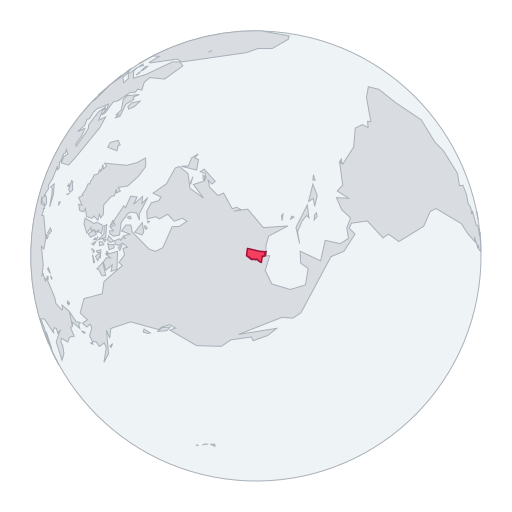 the Earth from above Mississippi, rotated 278°
{"feature_id": "USA-3544", "entity_name": "Mississippi", "entity_type": "State", "adm_level": 1, "iso_a3": "USA", "parent_name": "United States of America", "parent_adm1": "", "projection": "orthographic", "projection_center": [-90.036, 32.591], "detail": "fine", "context": "on_globe", "style": "filled", "palette": "rose", "viewbox_px": 512, "rotation_deg": 278, "n_neighbors": 0, "source": "natural_earth", "source_scale": "10m", "svg_char_len": 12216}
<svg xmlns="http://www.w3.org/2000/svg" viewBox="0 0 512 512"><g transform="rotate(278 256 256)"><circle cx="256" cy="256" r="225" fill="#eef3f6" stroke="#a8b0b8"/><path d="M301.8,346.0L296.5,344.4L291.5,351.0L272.9,342.4L265.7,330.3L206.2,308.5L199.6,301.2L198.8,290.1L175.9,249.6L187.2,286.5L178.9,278.6L171.7,265.0L175.1,262.5L169.5,242.9L161.7,234.2L159.0,209.6L170.6,181.1L173.5,186.6L175.9,179.7L172.5,172.6L169.6,169.7L173.3,140.9L164.0,122.3L154.3,122.6L161.7,118.2L138.9,123.6L129.5,120.2L144.2,120.5L148.9,117.9L144.6,113.4L148.6,109.9L148.7,105.9L153.8,102.3L162.0,103.4L165.4,101.3L162.2,98.4L165.2,93.4L169.4,97.9L175.1,89.8L189.9,91.6L197.2,109.0L209.6,109.0L228.0,125.0L230.5,121.2L239.0,125.7L245.1,123.2L246.8,127.5L250.1,122.0L247.4,118.6L248.0,115.2L251.3,113.6L254.0,118.5L252.8,120.0L255.3,120.7L255.3,124.0L257.1,121.5L260.1,128.0L262.1,119.4L268.6,122.8L269.2,127.8L262.7,130.0L248.0,149.0L246.6,155.8L251.2,162.5L273.4,168.9L274.5,175.7L280.8,182.9L283.1,177.6L279.1,170.2L285.0,162.7L279.3,155.2L280.9,151.3L277.6,143.1L285.1,141.6L294.1,144.9L297.2,151.9L301.2,153.8L303.9,145.3L315.1,157.3L331.9,163.8L334.0,167.6L328.0,177.3L313.8,181.2L306.0,196.1L318.1,184.1L323.2,194.6L327.0,195.6L330.9,194.0L331.7,189.2L334.9,192.6L324.2,205.2L321.1,202.2L324.5,198.1L317.8,200.3L310.6,209.9L313.8,215.1L299.5,225.9L301.6,230.0L299.7,234.9L297.3,227.6L301.3,241.3L285.1,259.3L290.2,283.4L277.5,265.8L268.3,264.4L257.5,265.6L258.2,269.5L243.0,267.1L230.5,275.6L227.6,294.6L234.2,309.0L250.9,309.4L255.1,301.3L266.9,299.0L260.2,320.7L281.1,322.3L280.0,337.8L286.3,345.1L296.3,342.0L306.9,344.3L313.7,334.5L325.0,327.6L326.0,339.8L331.7,327.4L338.4,332.0L360.4,325.8L359.0,329.1L377.7,337.6L396.5,336.5L400.9,343.1L398.8,349.1L405.0,347.8L405.1,351.0L428.5,343.3L439.3,343.7L438.1,354.6L427.4,372.7L413.9,400.6L393.8,417.2L386.1,427.2L365.9,444.0L354.0,447.7L354.8,451.1L346.0,456.0L337.6,458.7L333.9,461.9L327.6,463.7L330.2,464.3L317.0,469.9L317.3,471.3L306.9,474.7L307.3,475.1L304.4,475.6L300.7,476.5L299.3,476.9L291.9,477.8L293.1,476.1L298.2,474.4L294.4,474.7L305.5,469.5L300.4,471.1L306.8,463.4L316.6,454.8L328.1,427.6L324.5,422.4L308.8,417.9L290.2,395.5L296.1,384.1L291.6,379.3L306.2,361.3L301.8,346.0ZM61.8,241.8L63.2,236.9L63.9,241.4L61.8,241.8ZM63.0,233.0L62.8,234.8L62.8,233.1L63.0,233.0ZM62.4,231.1L62.8,232.5L62.1,231.4L62.4,231.1ZM61.3,229.2L62.0,230.0L61.8,230.1L61.3,229.2ZM289.9,291.6L313.7,299.7L301.1,303.1L303.3,300.6L297.1,296.8L285.8,293.8L274.4,297.4L289.9,291.6ZM60.3,224.8L60.1,223.6L60.9,223.9L60.3,224.8ZM298.6,277.1L294.6,276.8L298.4,276.1L298.6,277.1ZM167.7,169.2L172.0,172.9L173.7,180.9L169.6,178.1L167.7,169.2ZM165.0,154.9L168.1,155.3L165.1,162.1L164.3,159.7L165.0,154.9ZM146.5,123.9L149.3,126.2L145.3,125.3L146.5,123.9ZM147.9,106.1L145.8,106.7L146.8,104.4L147.9,106.1ZM273.8,144.5L275.7,143.8L275.3,145.7L273.8,144.5ZM270.6,141.7L268.8,144.4L267.0,143.5L268.1,141.9L270.6,141.7ZM155.4,97.0L157.5,93.5L156.7,97.2L155.4,97.0ZM273.2,138.7L264.0,141.6L260.9,140.1L262.7,132.7L273.2,138.7ZM159.7,91.6L164.8,83.6L160.7,84.0L175.1,78.9L166.0,87.0L165.7,91.3L163.2,90.0L159.7,91.6ZM245.1,118.3L248.1,121.7L242.6,120.4L245.1,118.3ZM241.4,118.3L223.4,120.1L220.6,114.6L227.2,114.9L221.1,109.4L228.5,105.7L233.5,108.0L233.9,112.1L236.5,107.6L241.4,118.3ZM182.3,77.6L184.7,76.1L183.7,77.9L182.3,77.6ZM247.7,113.8L244.4,114.4L241.7,109.6L247.9,107.4L246.8,109.6L247.7,113.8ZM215.8,109.9L214.9,106.2L220.7,102.1L221.1,100.2L228.4,105.2L215.8,109.9ZM249.1,109.9L251.2,106.5L255.5,107.4L250.9,112.8L249.1,109.9ZM238.3,109.4L237.4,107.1L239.9,107.6L238.3,109.4ZM271.8,109.5L267.9,110.0L266.1,107.5L271.8,109.5ZM251.7,105.2L250.2,104.9L249.1,104.1L251.3,102.1L251.7,105.2ZM232.0,102.2L234.6,101.4L229.3,99.9L233.4,97.1L237.6,101.0L237.5,98.2L238.8,97.3L240.7,101.5L232.0,102.2ZM250.2,97.7L256.8,102.3L264.6,101.6L266.4,103.8L253.5,104.5L250.2,97.7ZM244.5,99.5L248.4,98.8L248.6,101.7L246.0,103.9L244.5,99.5ZM234.7,93.9L227.4,97.1L226.7,96.2L234.7,93.9ZM252.4,96.9L250.7,95.9L252.9,96.5L252.4,96.9ZM240.1,94.1L237.6,95.3L236.9,94.2L240.1,94.1ZM249.5,92.9L251.6,94.3L250.0,95.8L249.5,92.9ZM245.2,93.0L244.9,91.2L248.1,95.5L244.1,93.7L245.2,93.0ZM239.9,92.9L238.7,92.6L241.0,92.5L239.9,92.9ZM254.6,86.8L259.1,91.9L255.4,95.0L251.5,89.6L254.6,86.8ZM302.9,476.3L292.1,477.9L298.9,477.0L305.9,475.4L311.0,474.5L308.2,475.1L302.9,476.3ZM323.1,470.9L329.9,468.7L330.8,468.4L326.4,470.0L323.1,470.9ZM414.9,96.3L416.0,97.5L412.0,94.0L395.5,79.1L393.0,77.2L414.9,96.3ZM382.1,69.3L383.2,70.1L374.5,64.6L383.6,70.7L384.0,70.7L389.7,74.9L389.6,75.2L386.6,73.0L389.0,75.4L402.9,86.0L404.8,87.2L414.7,97.7L418.8,100.9L423.5,105.9L418.1,102.5L414.4,99.3L409.1,100.8L413.9,104.9L419.2,104.1L420.0,106.0L426.6,112.6L422.2,109.1L415.1,109.8L420.3,121.5L436.6,146.2L437.6,153.7L434.1,157.1L418.5,140.9L417.9,126.1L412.4,121.1L404.3,119.8L404.8,115.7L401.4,113.7L400.4,108.5L390.8,98.2L388.6,93.1L377.0,86.8L374.2,83.6L381.9,88.1L386.0,88.8L379.4,77.8L375.8,75.0L368.8,72.0L367.9,69.7L361.9,68.3L354.3,62.0L358.6,68.8L350.5,66.5L341.6,61.9L339.7,62.6L354.2,70.2L359.2,72.3L362.4,72.0L376.8,79.9L380.8,84.3L368.6,81.4L372.8,87.7L361.5,83.5L329.4,64.1L320.0,57.8L321.1,50.1L327.8,51.9L330.7,55.4L335.2,53.4L331.4,52.9L330.6,51.4L322.7,49.5L321.7,48.3L315.7,48.8L313.7,47.2L317.5,46.9L304.0,43.7L297.7,40.8L295.1,40.7L294.1,41.4L286.7,37.8L285.1,37.9L286.9,39.1L284.9,40.3L278.5,41.2L276.3,39.9L278.3,39.3L279.3,36.7L285.0,36.0L283.4,35.6L277.9,35.9L276.8,39.1L273.6,40.1L273.1,38.3L273.0,39.0L270.7,39.1L266.4,38.2L266.4,40.2L244.1,45.5L233.4,44.9L235.6,42.2L217.6,46.5L207.0,46.8L208.7,47.7L201.3,51.2L204.5,51.1L204.7,51.9L187.0,62.4L181.2,64.4L175.5,71.2L176.3,71.9L180.4,70.7L175.1,78.9L160.7,84.0L159.5,82.2L151.3,87.2L149.7,82.6L144.6,81.6L147.5,74.6L143.2,74.9L140.5,77.0L132.6,79.4L125.7,78.4L143.3,70.1L155.9,72.6L151.8,70.5L156.3,68.5L157.0,66.4L153.8,65.5L151.2,66.8L164.4,55.0L163.8,51.6L155.1,56.4L148.2,59.6L139.9,62.9L140.0,62.9L154.0,55.2L168.5,48.4L183.4,42.7L198.7,38.1L214.3,34.6L230.1,32.2L246.0,30.9L262.0,30.8L277.9,31.8L293.8,33.9L309.4,37.1L324.8,41.5L339.8,46.9L354.4,53.4L368.5,60.8L382.1,69.3ZM479.4,226.8L479.7,229.6L478.5,258.3L475.0,257.7L463.7,243.2L461.7,229.0L456.0,218.1L437.8,155.2L440.0,150.4L432.6,124.9L432.8,123.3L440.2,132.3L439.8,126.0L432.0,115.6L430.2,113.1L441.0,127.4L450.6,142.6L459.0,158.4L466.1,174.8L471.9,191.8L476.4,209.1L479.4,226.8ZM451.1,180.4L453.3,184.0L451.1,180.4ZM361.1,325.5L363.9,327.1L360.4,328.1L361.1,325.5ZM299.8,308.6L304.6,308.2L307.3,309.8L303.7,311.0L299.8,308.6ZM339.2,301.7L344.5,301.6L339.2,303.9L339.2,301.7ZM317.4,300.5L335.0,302.3L324.6,308.2L313.4,307.2L320.9,304.8L317.4,300.5ZM297.3,285.1L300.4,285.7L299.8,288.2L297.3,285.1ZM301.4,276.8L300.3,277.1L298.6,275.3L301.4,276.8ZM323.9,193.9L324.8,193.0L328.9,192.3L327.5,194.6L323.9,193.9ZM344.2,178.6L349.0,184.5L344.6,181.7L343.5,185.7L332.9,185.2L334.5,169.5L335.7,176.5L344.2,178.6ZM319.2,180.9L325.8,182.5L318.5,181.4L319.2,180.9ZM383.7,109.4L386.0,108.3L390.4,111.7L393.2,119.7L386.9,114.7L383.7,109.4ZM388.3,106.1L375.4,101.8L373.1,97.2L376.6,100.4L376.4,97.8L381.9,102.3L392.3,102.7L396.8,105.9L399.6,118.0L396.2,112.1L394.1,113.3L388.3,106.1ZM346.4,104.2L340.8,103.7L343.1,94.1L348.1,95.8L351.3,103.4L347.2,106.0L346.4,104.2ZM278.1,125.7L275.8,127.2L275.0,125.6L276.4,123.2L278.1,125.7ZM270.1,109.9L287.4,118.2L285.6,120.2L297.8,123.5L297.9,130.0L290.0,127.5L299.2,135.4L292.1,135.8L298.9,140.7L281.3,134.5L275.3,135.6L281.9,131.8L282.0,125.6L280.2,123.3L270.7,117.9L257.8,117.9L255.8,112.3L257.8,108.3L260.6,107.5L261.0,111.3L264.5,107.4L267.2,112.3L270.1,109.9ZM282.7,73.2L282.0,76.6L289.3,72.3L292.1,76.1L292.8,75.3L297.4,77.8L304.1,79.7L304.4,81.7L306.9,81.6L310.0,83.5L313.5,84.2L315.3,88.1L319.8,89.4L318.1,90.6L325.3,91.8L320.7,92.7L324.3,95.6L326.8,93.2L327.9,115.6L331.9,125.2L337.7,133.0L329.1,134.3L318.2,128.2L307.4,119.1L304.8,110.0L301.4,112.6L299.2,109.1L302.8,108.5L295.9,107.4L295.0,104.5L285.4,98.1L275.9,99.0L272.2,96.9L275.5,95.1L269.4,94.4L273.1,89.8L270.5,88.3L271.5,82.6L279.3,80.5L275.8,79.1L276.4,75.1L282.7,73.2ZM255.1,85.2L263.9,81.2L269.7,81.5L265.5,91.4L267.3,93.3L264.9,100.3L256.5,99.8L258.0,97.8L257.5,95.8L260.3,96.7L257.6,94.5L259.6,91.8L258.1,89.4L261.3,88.7L255.1,85.2ZM428.9,118.0L428.3,116.3L426.5,113.0L430.5,117.3L428.9,118.0ZM424.4,118.5L423.3,116.3L428.1,120.2L428.7,122.3L424.4,118.5ZM418.5,112.0L422.8,115.9L420.9,115.0L418.5,112.0ZM380.4,86.1L378.7,83.9L380.1,84.3L383.0,86.2L380.4,86.1ZM305.1,63.0L303.8,64.5L302.3,64.0L295.8,65.3L293.2,62.9L296.1,61.2L305.1,63.0ZM423.5,105.6L421.6,103.2L424.6,106.8L423.5,105.6ZM301.2,60.6L298.9,61.4L299.0,59.7L301.2,60.6ZM291.0,61.3L290.5,59.4L292.1,62.8L291.0,61.3ZM275.9,44.8L287.8,45.3L294.7,44.8L295.9,43.0L299.3,46.1L288.7,46.8L275.9,44.8ZM248.2,45.3L247.3,47.5L244.3,47.0L244.1,46.4L248.2,45.3ZM250.0,46.4L255.2,48.5L252.4,50.0L248.9,48.0L250.0,46.4ZM278.6,53.3L282.3,53.5L282.1,54.7L278.6,53.3ZM130.1,69.2L131.7,68.2L123.5,73.9L120.7,76.0L121.4,75.4L130.1,69.2ZM130.4,69.2L134.6,66.4L150.3,58.9L151.6,58.9L135.3,66.8L138.4,64.7L135.9,65.8L130.4,69.2ZM183.0,75.6L184.6,76.0L182.0,76.7L183.0,75.6ZM206.7,51.8L206.6,53.0L203.6,53.5L206.7,51.8ZM204.7,56.7L208.1,55.2L205.4,57.3L204.7,56.7ZM215.6,52.0L209.9,54.9L214.1,51.4L215.6,52.0Z" fill="#d9dde1" stroke="#a8b0b8" stroke-width="1"/><path d="M261.5,264.6L261.5,264.8L261.4,264.8L261.2,264.8L261.0,264.7L260.9,264.6L260.7,264.8L260.4,264.8L260.0,264.5L259.8,264.4L259.7,264.5L260.0,264.6L259.9,264.6L259.6,264.6L259.4,264.7L259.1,264.8L258.9,264.8L258.7,264.9L258.5,264.7L258.4,264.7L258.3,264.8L258.4,265.0L258.1,265.2L258.1,265.3L258.0,265.5L258.0,265.4L257.9,265.4L257.7,265.4L257.4,265.1L257.4,264.8L257.2,264.6L257.2,264.4L257.1,264.2L256.9,264.0L256.7,263.8L256.8,263.7L256.7,263.6L256.6,263.4L256.7,263.2L256.8,263.0L256.9,262.7L257.0,262.6L257.0,262.4L256.9,262.3L256.7,262.3L256.2,262.3L255.8,262.3L255.3,262.3L254.9,262.3L254.3,262.2L253.7,262.2L253.2,262.2L252.6,262.2L252.1,262.2L251.7,262.2L251.3,262.2L251.0,262.2L250.8,262.2L250.7,262.2L250.8,262.0L250.8,261.9L250.7,261.8L250.6,261.7L250.7,261.4L250.6,261.2L250.9,261.1L251.0,261.1L251.1,260.8L251.1,260.7L251.0,260.4L251.1,260.1L251.3,260.0L251.3,259.9L251.4,259.5L251.4,259.4L251.5,259.1L251.6,258.9L251.9,258.8L252.0,258.7L252.2,258.4L252.3,258.4L252.5,258.3L252.6,258.1L252.5,257.9L252.5,257.7L252.8,257.5L252.9,257.3L253.1,257.1L253.0,256.9L252.9,256.9L252.8,256.7L252.7,256.6L252.4,256.4L252.5,256.3L252.5,256.2L252.4,256.0L252.3,255.9L252.3,255.7L252.5,255.6L252.6,255.4L252.3,255.4L252.3,255.1L252.4,254.9L252.5,254.9L252.5,254.7L252.4,254.5L252.3,254.4L252.3,253.9L252.5,253.8L252.5,253.7L252.5,253.3L252.4,253.2L252.2,253.1L252.3,253.0L252.4,252.9L252.4,252.7L252.3,252.4L252.2,252.3L252.1,252.2L252.3,252.1L252.3,251.9L252.2,251.8L252.1,251.7L252.3,251.4L252.5,251.3L252.7,251.2L252.6,250.9L252.7,250.7L252.8,250.4L253.0,250.3L253.3,250.2L253.2,250.1L253.0,249.9L253.2,249.7L253.3,249.7L253.4,249.4L253.5,249.3L253.7,249.2L253.8,249.0L254.0,249.0L254.1,248.9L254.2,248.7L254.3,248.2L254.2,247.9L254.3,247.6L254.5,247.6L254.6,247.4L254.6,247.2L255.0,247.1L255.2,246.8L255.2,246.7L255.6,246.5L256.0,246.5L256.4,246.5L256.8,246.5L257.2,246.5L257.6,246.5L258.1,246.5L258.5,246.5L258.9,246.5L259.3,246.5L259.7,246.5L260.2,246.5L260.6,246.5L261.0,246.5L261.4,246.5L261.8,246.5L262.0,246.5L262.1,246.8L262.3,246.8L262.3,247.0L262.2,247.3L262.2,247.5L262.2,247.8L262.2,248.1L262.1,248.5L262.1,248.9L262.1,249.3L262.0,249.7L262.0,250.2L261.9,250.7L261.9,251.3L261.8,251.8L261.8,252.3L261.7,252.9L261.7,253.4L261.6,254.0L261.6,254.5L261.5,255.0L261.5,255.5L261.4,256.0L261.4,256.5L261.4,256.9L261.3,257.3L261.3,257.6L261.2,258.0L261.2,258.4L261.2,258.6L261.2,259.1L261.2,259.5L261.2,259.8L261.3,260.2L261.3,260.6L261.3,260.9L261.3,261.3L261.4,261.7L261.4,262.0L261.4,262.4L261.4,262.8L261.4,263.1L261.5,263.5L261.5,263.9L261.5,264.2L261.5,264.6L261.5,264.6ZM260.7,265.2L260.8,265.2L261.0,265.2L261.1,265.3L260.3,265.2L260.5,265.1L260.7,265.2ZM259.3,265.2L259.3,265.3L259.2,265.4L259.0,265.2L259.3,265.2L259.3,265.2ZM261.2,265.3L261.5,265.3L261.4,265.3L261.2,265.3ZM259.7,265.3L259.8,265.3L259.7,265.3L259.7,265.3Z" fill="#f43f5e" stroke="#9f1239" stroke-width="1.5"/></g></svg>